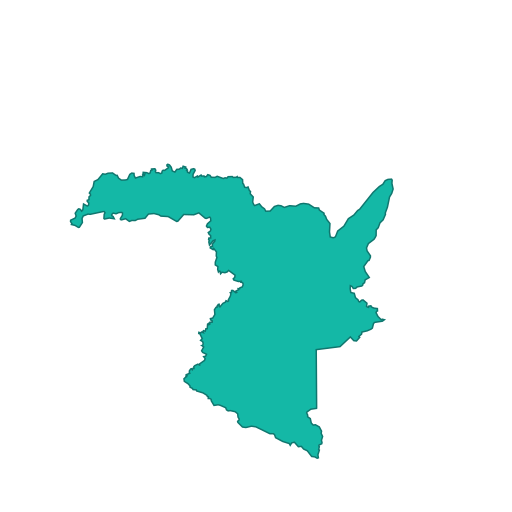 Nova Xavantina, Mato Grosso, Brazil, rotated 218°
{"feature_id": "56859067B60221842675231", "entity_name": "Nova Xavantina", "entity_type": "district", "adm_level": 2, "iso_a3": "BRA", "parent_name": "Brazil", "parent_adm1": "Mato Grosso", "projection": "mercator", "projection_center": [-52.318, -14.678], "detail": "fine", "context": "isolated", "style": "filled", "palette": "teal", "viewbox_px": 512, "rotation_deg": 218, "n_neighbors": 0, "source": "geoboundaries", "source_scale": "gbopen_adm2", "svg_char_len": 6153}
<svg xmlns="http://www.w3.org/2000/svg" viewBox="0 0 512 512"><g transform="rotate(218 256 256)"><path d="M83.3,134.3L82.6,135.4L84.8,137.4L86.6,142.1L87.5,142.1L88.7,144.7L89.6,145.0L89.9,146.0L88.6,148.5L89.1,149.6L91.0,151.1L92.4,154.8L95.5,156.4L96.5,158.3L100.9,160.3L105.3,159.6L106.8,158.0L109.6,158.4L113.1,161.3L116.3,161.1L117.4,162.5L119.5,163.5L119.8,164.5L118.5,169.0L114.5,173.2L115.0,174.0L150.9,219.3L134.0,236.3L131.8,250.3L126.8,249.5L124.5,250.9L124.2,255.7L125.4,255.9L124.7,259.4L125.7,261.3L122.3,265.5L120.3,269.2L119.9,270.8L121.9,275.3L121.5,276.9L116.3,282.4L115.6,284.8L117.5,284.0L118.2,282.9L122.6,283.4L126.6,285.3L126.9,286.6L126.4,287.5L128.0,289.3L131.1,287.5L133.7,286.9L134.8,287.5L136.3,285.9L135.7,284.8L136.8,284.4L137.8,284.3L139.5,287.1L144.6,287.3L145.6,286.2L146.0,283.6L147.0,283.4L148.7,284.3L152.0,284.4L155.6,287.1L158.8,285.6L161.6,288.1L163.4,290.7L161.5,291.1L159.3,290.3L157.6,291.8L157.2,294.0L154.3,297.3L153.9,298.4L154.6,300.2L154.0,301.7L155.3,304.4L153.5,308.8L160.3,311.0L164.6,314.0L164.9,321.2L164.2,322.1L165.0,325.3L165.9,326.6L171.6,328.4L173.9,330.4L175.1,335.0L173.3,341.8L173.5,343.9L173.9,346.0L177.4,350.6L177.1,353.5L178.7,358.4L178.1,362.8L179.6,368.5L180.6,369.5L182.5,375.4L187.1,384.7L187.6,388.9L189.2,393.2L193.6,396.9L195.4,399.6L196.5,400.0L199.2,397.6L200.6,394.9L200.2,390.6L201.6,386.7L202.9,378.1L203.1,356.6L203.9,354.4L204.1,348.5L206.2,342.3L205.1,333.6L207.0,326.0L205.4,320.7L205.4,319.3L206.4,317.9L209.2,316.7L212.9,320.2L217.7,327.1L222.9,328.4L225.7,330.1L228.0,330.5L228.7,331.6L234.3,331.2L236.2,332.4L239.7,329.9L246.4,329.3L250.9,326.7L253.1,324.4L255.3,319.7L260.5,316.3L263.6,311.7L267.2,311.0L269.8,309.5L272.0,306.3L272.5,300.1L275.9,297.3L278.3,298.4L281.7,298.3L285.5,299.2L288.1,294.9L289.4,295.1L291.8,296.4L294.5,300.8L298.9,301.5L300.1,303.5L301.5,303.5L304.8,305.5L305.3,304.3L307.3,303.2L310.1,305.0L311.1,305.0L313.6,307.9L317.0,308.0L318.9,306.5L319.7,307.0L320.0,305.9L322.3,303.9L323.6,304.0L326.8,301.3L326.9,299.4L328.5,298.6L329.5,296.9L335.7,294.9L336.6,292.8L339.7,290.5L341.9,291.2L344.1,290.4L344.0,288.1L345.4,286.6L346.2,287.1L348.0,285.5L349.1,286.0L350.4,282.5L351.4,283.0L352.7,279.8L354.4,279.5L355.9,281.7L356.6,285.9L357.7,286.7L358.9,286.4L360.5,284.3L359.5,280.4L361.5,279.8L362.3,280.9L363.3,280.6L363.5,281.8L365.1,282.1L365.9,281.6L366.2,282.8L368.7,281.9L368.0,279.7L369.5,279.0L369.9,277.1L371.8,275.5L371.6,272.2L374.3,271.5L377.5,273.8L380.2,274.5L382.0,274.0L382.3,273.0L381.6,272.1L379.8,272.3L379.4,271.5L380.7,267.2L382.0,266.4L382.2,265.1L381.3,263.3L382.1,262.0L384.0,261.7L386.1,260.1L387.4,260.7L387.8,261.9L389.4,262.5L391.8,260.3L390.9,259.7L391.6,258.7L390.6,256.3L391.1,255.0L393.4,254.4L396.4,252.5L394.1,248.7L396.2,247.4L399.0,243.2L401.6,244.4L403.0,246.0L405.0,244.8L405.7,242.6L404.4,237.2L405.7,235.5L408.8,232.9L412.2,232.7L415.1,234.1L415.9,233.3L420.2,233.1L423.6,230.1L425.1,227.6L427.4,226.4L427.6,218.9L429.4,215.1L427.0,210.4L426.1,203.0L424.6,202.8L423.7,201.9L424.0,199.8L422.3,197.5L423.3,196.0L422.7,195.2L420.4,194.8L419.2,192.7L419.7,191.5L423.9,190.8L420.9,185.8L421.0,184.0L423.2,184.6L424.7,184.1L425.1,182.9L424.8,178.4L422.3,176.7L421.9,174.5L424.1,170.1L423.4,169.0L420.9,168.1L420.8,167.2L417.4,168.7L413.5,169.2L412.9,169.9L413.4,175.5L416.2,178.5L416.8,181.2L414.2,185.6L412.3,186.8L403.9,196.8L402.9,197.6L401.6,197.1L401.3,195.4L398.9,191.9L398.1,191.9L395.0,195.6L390.6,198.1L393.0,199.2L394.4,199.0L395.1,199.5L395.2,200.9L394.9,201.9L392.3,203.1L390.9,205.7L388.6,207.7L387.7,207.7L386.4,205.9L385.9,201.9L385.2,201.3L384.2,201.7L381.7,205.1L377.1,205.3L375.7,207.6L373.0,209.6L371.9,212.1L366.7,217.4L366.6,222.8L362.5,226.7L357.9,228.7L355.5,228.9L349.5,233.0L339.7,234.4L339.0,235.4L338.5,244.2L330.4,250.2L327.6,254.8L319.2,254.5L318.2,255.1L316.4,258.2L315.2,257.9L313.3,255.9L314.1,251.5L313.5,249.1L311.8,248.6L310.2,250.2L308.0,249.4L307.3,247.5L308.1,245.1L306.3,244.2L304.4,244.2L302.8,242.3L304.2,241.2L303.5,239.8L302.4,239.5L301.8,238.0L299.4,236.0L299.3,241.5L298.2,243.4L297.6,242.3L297.7,238.4L296.2,236.8L297.4,235.6L297.1,234.2L293.7,234.6L293.9,235.9L289.7,234.9L287.3,231.5L285.9,230.8L284.3,226.1L282.6,223.9L279.5,224.2L277.9,221.8L275.8,220.3L275.8,221.3L274.9,221.8L273.0,220.2L272.8,222.3L270.2,223.7L268.9,225.7L268.7,227.8L260.7,228.0L259.6,226.1L259.9,224.0L258.6,223.4L254.1,225.1L252.1,226.9L251.7,226.0L250.4,226.7L249.4,226.4L248.3,225.2L247.8,223.1L249.1,221.1L248.8,220.2L250.0,219.3L249.0,218.7L250.4,215.6L248.8,215.3L249.3,214.6L253.1,214.6L254.0,213.8L252.9,212.2L253.7,211.3L252.5,210.7L251.5,208.6L250.8,204.4L250.0,203.8L250.2,202.8L252.1,202.3L251.7,200.9L252.9,198.3L253.1,193.7L253.9,193.6L255.3,195.3L255.9,194.7L255.8,192.4L255.2,191.7L255.9,190.9L255.7,188.1L252.4,184.6L251.9,180.4L253.4,178.6L252.3,177.7L250.5,178.0L249.8,176.8L251.5,175.5L250.4,173.7L251.2,172.5L251.9,173.5L252.2,172.5L249.7,168.7L250.7,167.8L249.7,165.4L251.4,164.9L251.4,163.8L250.3,163.2L252.1,162.6L252.3,161.3L254.0,160.7L253.4,159.7L252.5,160.2L247.5,157.8L247.7,155.4L245.4,155.7L243.9,154.7L242.9,152.7L243.5,152.1L241.2,152.1L240.5,147.8L238.6,147.2L234.5,148.1L234.0,146.0L235.3,144.5L232.8,143.8L232.3,142.0L234.0,136.4L233.3,135.4L235.2,135.0L236.7,132.0L236.9,130.6L235.7,129.2L236.5,128.8L236.2,127.1L237.4,127.5L237.9,126.8L237.8,124.6L236.8,123.1L236.0,122.9L237.8,119.7L236.8,119.5L236.5,118.5L237.4,118.6L236.8,117.4L237.2,114.9L235.3,113.1L230.7,113.5L228.1,113.0L227.2,112.0L224.7,112.5L223.3,112.0L220.7,113.7L219.7,113.1L213.5,115.5L209.0,116.0L207.9,115.4L206.9,115.8L205.9,114.3L204.3,115.4L203.0,115.4L202.2,114.4L197.1,112.4L194.3,115.4L192.4,116.3L186.5,117.8L184.5,116.6L182.6,116.8L181.0,118.4L176.5,120.5L173.3,120.4L171.0,118.0L168.9,117.2L168.4,116.3L168.7,114.4L167.8,113.7L161.4,112.9L158.4,114.6L154.8,119.1L150.9,121.3L135.7,124.5L132.8,126.7L131.2,126.5L128.7,124.9L120.7,126.3L114.3,128.7L112.5,127.9L112.8,130.7L111.1,132.9L105.2,131.8L103.1,133.9L99.6,133.2L95.7,134.1L88.7,132.3L86.0,133.9L83.3,134.3ZM395.0,250.8L394.0,252.0L393.5,250.8L395.0,250.8Z" fill="#14b8a6" stroke="#0f766e" stroke-width="1.5"/></g></svg>